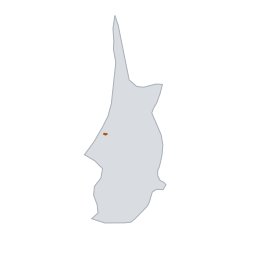 location of Kiomourtzou, Cyprus, rotated 294°
{"feature_id": "46923920B18186320704547", "entity_name": "Kiomourtzou", "entity_type": "district", "adm_level": 2, "iso_a3": "CYP", "parent_name": "Cyprus", "parent_adm1": "", "projection": "mercator", "projection_center": [33.258, 35.289], "detail": "fine", "context": "in_parent", "style": "filled", "palette": "amber", "viewbox_px": 256, "rotation_deg": 294, "n_neighbors": 0, "source": "geoboundaries", "source_scale": "gbopen_adm2", "svg_char_len": 1103}
<svg xmlns="http://www.w3.org/2000/svg" viewBox="0 0 256 256"><g transform="rotate(294 128 128)"><path d="M179.5,135.6L181.8,141.7L172.0,143.4L162.1,144.0L156.6,143.3L151.4,143.6L135.4,160.9L126.8,166.7L116.6,170.2L106.2,172.3L100.9,172.5L96.3,174.7L93.1,178.7L93.0,182.6L91.6,185.8L85.9,185.1L83.5,178.9L79.4,176.2L69.3,177.6L64.3,177.4L48.1,171.4L43.2,169.0L40.2,163.9L31.8,145.4L30.4,131.7L38.2,135.2L45.5,130.9L52.5,124.0L60.8,121.1L66.1,122.3L71.2,123.6L80.5,121.3L84.5,111.0L85.9,99.1L101.6,102.5L117.6,104.3L130.6,104.9L143.5,102.9L182.9,90.2L194.1,82.6L201.0,80.0L213.0,73.7L225.6,70.2L217.5,77.5L172.4,109.5L169.5,119.0L171.5,125.6L177.8,133.5L179.5,135.6Z" fill="#d9dde1" stroke="#a8b0b8" stroke-width="1"/><path d="M113.9,111.2L114.0,111.1L114.0,110.9L113.9,110.7L113.8,110.4L113.7,110.3L113.6,109.9L113.5,109.6L113.5,109.3L113.4,109.0L113.3,108.7L113.2,108.4L112.8,108.4L112.9,108.6L112.7,109.0L112.6,109.3L112.7,109.6L112.7,109.8L112.6,110.0L112.8,110.4L113.1,110.5L113.3,110.5L113.5,110.7L113.7,111.0L113.8,111.1L113.9,111.2Z" fill="#f59e0b" stroke="#b45309" stroke-width="1.5"/></g></svg>